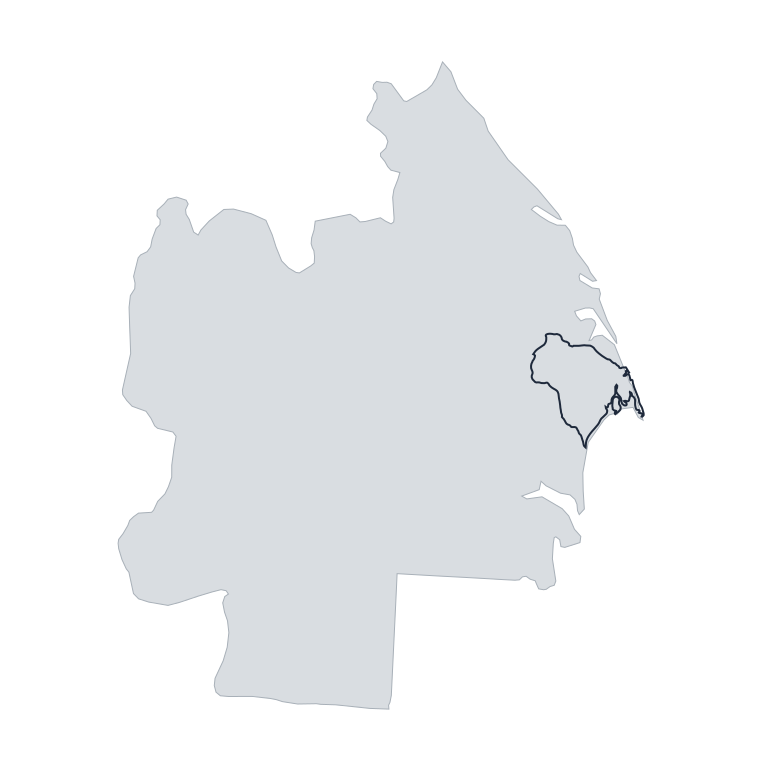 location of Bendjè, Ogooué-Maritime, Gabon, rotated 183°
{"feature_id": "22940354B80874584292882", "entity_name": "Bendjè", "entity_type": "district", "adm_level": 2, "iso_a3": "GAB", "parent_name": "Gabon", "parent_adm1": "Ogooué-Maritime", "projection": "natural_earth1", "projection_center": [9.224, -0.836], "detail": "fine", "context": "in_parent", "style": "outline", "palette": "slate", "viewbox_px": 768, "rotation_deg": 183, "n_neighbors": 0, "source": "geoboundaries", "source_scale": "gbopen_adm2", "svg_char_len": 7948}
<svg xmlns="http://www.w3.org/2000/svg" viewBox="0 0 768 768"><g transform="rotate(183 384 384)"><path d="M537.7,74.0L537.3,81.3L530.1,99.2L526.8,112.9L525.9,127.6L527.9,139.4L531.3,147.8L533.6,157.0L531.9,163.4L528.4,166.1L530.8,169.3L536.0,170.1L544.9,167.3L558.5,162.4L576.3,155.4L588.1,151.6L607.5,153.9L617.8,156.6L623.2,161.6L628.9,182.7L631.7,185.9L636.4,194.8L640.3,205.6L641.2,211.0L640.8,215.0L636.8,220.8L632.4,229.3L630.8,234.5L627.1,238.4L622.4,242.2L609.4,243.7L607.5,245.9L603.8,255.0L597.0,262.8L593.9,270.1L591.1,279.8L591.7,291.8L590.3,309.2L588.9,320.9L592.3,325.0L607.8,327.9L610.8,330.2L614.9,337.5L620.2,344.3L634.4,348.6L639.9,353.9L644.3,359.6L644.9,364.3L641.7,383.1L638.6,401.2L639.8,415.0L641.0,428.1L642.6,447.3L641.9,459.0L637.9,466.1L637.9,471.7L639.7,478.4L636.1,497.1L633.8,500.2L627.5,503.7L624.2,508.7L623.1,516.6L619.7,527.4L616.1,531.3L616.1,536.3L619.5,540.0L619.5,545.6L613.1,552.2L609.3,557.3L600.9,559.8L591.2,557.2L589.0,553.5L591.3,547.7L590.5,543.1L587.1,538.2L582.0,525.7L577.4,523.0L574.9,528.2L567.0,537.7L553.1,549.9L543.4,550.8L525.5,547.1L510.5,541.3L503.4,527.0L499.0,515.2L492.6,501.5L485.4,494.9L477.7,490.8L474.3,490.5L463.3,498.1L460.0,501.1L460.0,507.6L461.0,513.5L462.7,516.4L464.1,520.3L463.9,526.2L461.9,534.2L461.2,543.0L426.7,551.7L420.8,548.5L416.5,544.6L411.2,545.3L396.3,549.8L390.8,546.6L385.3,544.3L382.8,546.3L382.6,550.0L385.1,570.8L384.3,578.6L380.9,588.9L379.2,596.0L388.3,597.9L391.6,601.2L394.9,606.4L399.3,611.2L399.6,614.2L394.5,619.6L392.8,626.3L395.2,631.5L401.4,636.9L410.5,642.6L414.9,646.3L414.5,649.7L410.3,656.9L408.7,663.0L405.8,668.5L406.4,673.6L410.5,678.3L410.0,682.6L407.2,685.8L401.6,685.1L396.8,685.5L392.5,684.2L379.1,667.8L376.1,667.3L356.6,680.0L351.8,685.2L347.8,692.6L342.4,708.7L333.5,699.3L325.9,682.2L317.0,671.6L298.2,654.6L293.2,642.0L271.8,614.4L241.0,586.7L218.7,562.7L215.4,557.4L219.1,558.1L240.6,570.0L243.5,568.7L246.0,566.0L236.7,559.7L227.9,554.8L219.6,551.7L211.2,552.0L206.6,546.9L203.5,539.2L202.0,532.6L198.3,525.7L186.5,511.5L183.6,506.0L177.2,498.4L181.1,497.5L193.8,504.6L194.9,501.8L193.8,497.6L181.1,490.8L174.2,490.3L172.6,485.5L173.5,480.0L164.4,459.2L155.0,443.7L153.5,436.4L179.0,470.1L182.4,470.7L186.9,470.4L197.4,466.6L195.4,462.1L190.7,457.3L186.0,459.5L180.0,460.0L176.9,457.9L175.5,454.5L181.5,438.1L178.9,438.9L177.0,441.8L173.7,443.2L168.6,444.1L156.0,435.3L144.9,411.6L142.0,406.7L139.0,398.5L136.1,395.1L123.4,361.4L128.3,363.9L134.1,373.7L145.3,371.6L149.7,366.0L153.6,366.2L157.5,364.9L162.5,359.6L177.0,336.4L180.8,305.8L179.5,287.6L177.4,269.6L182.2,263.8L184.1,267.6L185.0,274.0L187.3,278.8L192.4,283.0L202.0,284.2L216.8,290.8L222.1,295.1L223.5,286.6L240.6,279.3L235.4,276.7L220.3,279.6L199.5,268.8L192.6,261.9L186.2,248.9L179.5,242.1L180.0,235.9L194.9,230.3L198.8,230.9L200.4,237.7L204.4,240.4L206.0,239.5L206.6,233.7L206.7,218.3L202.1,196.2L203.5,191.9L207.6,190.4L211.2,187.5L213.8,186.9L218.8,187.5L221.4,192.6L222.7,195.4L227.8,196.7L232.0,199.4L235.6,198.7L238.6,195.5L243.0,194.9L256.6,194.9L268.9,195.0L293.5,195.1L318.0,195.1L342.5,195.2L361.0,195.3L360.9,182.7L360.8,163.2L360.7,140.1L360.6,118.0L360.5,97.5L360.4,73.4L361.4,66.4L362.6,63.5L362.1,59.6L381.1,59.3L415.5,61.1L430.5,60.8L434.8,61.2L453.5,59.9L468.8,61.5L475.2,63.2L481.0,64.0L499.2,65.1L523.0,63.8L531.1,64.1L535.6,67.4L537.7,74.0Z" fill="#d9dde1" stroke="#a8b0b8" stroke-width="1"/><path d="M204.6,360.4L203.6,359.3L202.7,358.5L201.9,357.3L201.1,356.1L200.5,355.0L199.7,354.0L199.0,353.5L198.3,353.1L197.4,352.9L196.4,352.5L195.6,351.9L195.0,351.1L194.2,350.8L193.1,350.9L191.5,351.0L190.2,350.8L189.3,350.0L188.8,349.1L188.3,348.2L187.5,347.1L187.2,346.3L186.9,345.4L186.2,344.4L185.4,343.8L184.6,343.0L184.0,341.6L183.5,340.2L183.0,338.7L182.3,337.1L181.9,335.6L181.5,333.9L181.0,332.7L179.8,331.5L179.3,331.1L179.2,336.0L178.8,338.5L178.2,340.1L177.7,341.4L176.7,343.2L175.6,345.0L173.9,347.4L171.2,350.8L168.3,354.6L167.3,356.3L166.0,359.4L165.2,360.8L162.8,363.3L160.4,365.9L159.9,366.9L159.7,368.3L159.7,369.2L160.1,370.0L160.8,370.9L161.1,371.4L161.4,372.8L160.8,372.4L160.1,372.2L159.3,372.7L159.1,373.4L159.0,374.9L158.7,375.7L158.1,376.0L157.1,376.3L156.3,377.0L156.0,377.6L155.9,378.9L155.9,380.2L155.6,381.5L155.0,382.6L154.4,383.4L153.6,384.3L153.0,385.3L152.5,386.6L152.6,388.2L152.7,390.4L152.9,393.3L152.1,394.8L151.8,395.3L151.0,394.5L151.0,393.0L151.2,391.9L151.7,391.0L151.7,388.6L151.2,387.7L150.5,386.7L149.7,385.6L148.7,384.7L147.6,383.5L146.9,382.6L146.5,381.5L146.3,380.4L146.1,379.0L145.6,377.9L145.2,376.8L143.9,375.8L142.9,375.2L141.5,375.2L140.9,375.5L140.6,376.1L140.8,377.2L141.0,377.6L141.7,378.3L142.8,378.9L143.4,379.5L142.5,379.8L141.7,379.8L140.4,379.5L139.7,379.5L138.9,379.9L138.5,380.4L138.3,381.6L138.0,383.2L137.8,384.0L137.5,385.0L137.5,386.4L137.6,387.3L138.0,388.3L138.0,388.8L136.7,388.2L136.2,387.5L135.8,386.1L135.6,385.0L134.8,384.6L134.2,384.3L133.5,383.4L133.0,382.8L132.6,381.8L132.3,380.3L132.3,378.9L132.2,377.3L132.1,376.1L131.6,374.0L131.2,372.8L130.5,371.6L129.5,371.4L128.1,371.3L127.5,370.6L127.6,369.9L128.1,368.8L127.5,368.4L126.6,368.4L125.1,368.1L124.4,367.7L124.2,366.5L124.5,366.0L125.0,365.0L124.4,364.9L123.7,365.6L123.1,366.4L123.1,367.7L123.5,369.3L123.9,370.2L124.2,371.2L124.8,372.9L125.2,373.8L125.9,375.1L126.8,376.4L127.6,377.8L128.1,378.9L128.5,380.7L129.0,382.8L131.4,388.0L134.0,393.7L135.5,398.0L135.8,399.6L136.1,400.7L136.7,401.1L137.3,401.0L138.0,400.7L138.3,401.4L138.6,402.9L138.9,403.7L139.3,405.1L139.9,406.1L140.8,406.6L141.6,406.4L142.7,405.4L143.2,404.9L144.4,404.7L145.8,404.7L145.0,405.1L144.5,405.7L143.9,406.6L143.3,407.3L143.0,407.9L142.9,408.5L143.1,408.9L143.2,409.5L142.8,409.8L142.2,409.7L141.5,409.3L140.6,408.7L139.3,407.5L141.0,409.9L142.9,412.7L143.4,413.3L144.8,413.1L146.2,413.0L147.3,412.8L147.8,412.4L148.9,412.2L149.8,412.5L150.3,413.6L150.7,414.1L151.5,414.5L152.6,415.2L153.4,416.0L154.0,416.6L154.7,416.8L155.7,416.9L156.2,417.2L157.3,417.9L158.2,418.7L159.1,419.6L159.8,420.1L160.7,420.3L162.0,420.4L163.7,421.2L167.7,423.5L171.0,425.8L173.4,427.7L175.3,429.7L176.5,431.2L177.4,431.8L178.4,432.4L179.1,432.7L180.1,433.1L184.3,433.1L185.9,433.2L188.0,432.9L191.0,432.4L194.5,432.2L196.7,432.1L197.3,431.6L198.0,431.3L198.9,431.6L199.5,431.8L200.0,431.9L201.0,432.3L201.3,433.2L201.3,434.0L202.1,434.8L203.2,435.4L204.1,435.8L205.3,435.9L207.2,436.6L208.1,437.3L208.7,438.1L208.9,439.0L209.2,439.9L209.7,440.7L210.5,441.6L211.1,442.0L212.0,442.5L212.7,442.6L213.6,442.9L214.5,442.9L215.1,442.7L216.0,442.6L216.9,442.5L218.4,442.8L220.9,442.9L222.9,442.6L223.7,442.3L224.6,441.8L225.0,441.1L224.8,440.0L224.4,439.3L224.3,437.1L224.4,435.5L224.9,433.8L226.1,431.7L228.6,429.8L231.9,427.3L233.5,425.9L234.7,424.5L236.5,421.6L236.2,421.5L235.4,421.0L234.7,420.3L234.8,419.1L235.0,418.1L235.6,416.6L236.3,415.5L236.9,414.5L237.1,413.6L237.8,412.0L238.1,409.8L237.9,407.5L237.2,405.8L236.5,404.4L236.2,403.2L236.2,402.3L236.5,401.3L236.9,399.9L236.8,398.4L235.9,396.4L234.9,395.5L233.2,393.9L232.0,393.5L230.4,393.7L229.0,393.7L226.9,393.2L225.2,393.2L223.5,393.3L222.4,393.7L221.3,393.9L220.4,393.4L219.4,392.4L218.8,391.3L217.9,390.5L216.5,389.4L215.1,388.6L213.6,387.8L212.5,387.3L210.9,386.2L210.1,385.2L209.3,383.4L208.9,381.2L208.5,378.8L207.7,375.8L207.0,372.1L206.6,369.4L206.1,367.3L205.6,364.6L204.7,362.5L204.5,360.9L204.6,360.4ZM151.9,383.4L153.0,383.0L153.7,382.3L154.4,381.5L154.7,380.3L154.8,377.6L154.9,375.0L154.7,373.1L154.4,372.3L154.3,370.9L153.3,370.0L152.4,369.6L151.5,369.5L150.8,369.3L150.9,368.9L151.3,368.4L151.8,367.9L152.0,367.0L151.9,366.5L151.4,366.0L150.9,366.5L150.2,367.2L149.4,367.8L148.7,368.4L148.1,369.0L147.4,369.8L146.8,370.6L146.6,371.3L146.4,371.9L146.4,372.7L146.6,373.7L146.8,374.2L147.3,375.0L147.7,375.5L148.2,376.3L148.3,377.1L148.4,378.1L148.3,379.2L148.0,380.1L148.2,381.1L148.7,382.1L149.4,382.6L150.5,383.3L151.2,383.4L151.9,383.4Z" fill="none" stroke="#1e293b" stroke-width="2"/></g></svg>